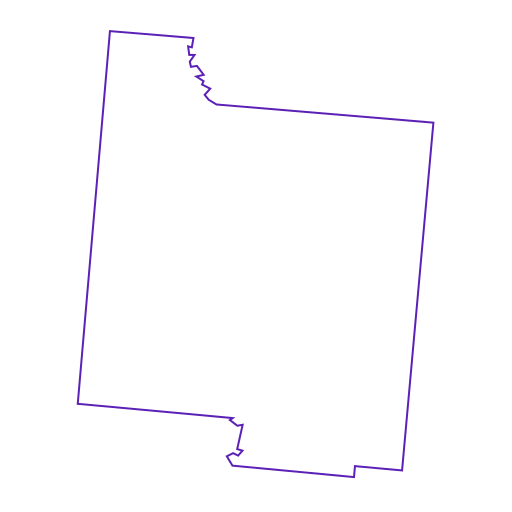 Jackson, South Dakota, United States of America, rotated 275°
{"feature_id": "52423323B47922460114210", "entity_name": "Jackson", "entity_type": "district", "adm_level": 2, "iso_a3": "USA", "parent_name": "United States of America", "parent_adm1": "South Dakota", "projection": "orthographic", "projection_center": [-101.56, 43.692], "detail": "fine", "context": "isolated", "style": "outline", "palette": "violet", "viewbox_px": 512, "rotation_deg": 275, "n_neighbors": 0, "source": "geoboundaries", "source_scale": "gbopen_adm2", "svg_char_len": 556}
<svg xmlns="http://www.w3.org/2000/svg" viewBox="0 0 512 512"><g transform="rotate(275 256 256)"><path d="M404.3,421.1L403.5,203.4L407.5,195.3L412.1,190.8L418.7,195.8L422.1,187.3L425.6,188.5L429.6,180.9L431.9,188.1L440.2,180.6L438.8,174.7L443.9,173.1L450.9,177.2L450.5,172.0L458.9,170.1L458.3,173.9L467.7,174.7L467.3,90.9L97.9,91.3L93.2,91.3L92.5,246.9L90.3,244.3L85.3,252.2L86.7,257.4L62.0,254.1L60.9,259.5L55.6,255.6L57.6,250.4L53.9,244.4L45.1,250.8L44.3,372.9L55.3,372.9L55.1,420.2L404.3,421.1Z" fill="none" stroke="#5b21b6" stroke-width="2"/></g></svg>